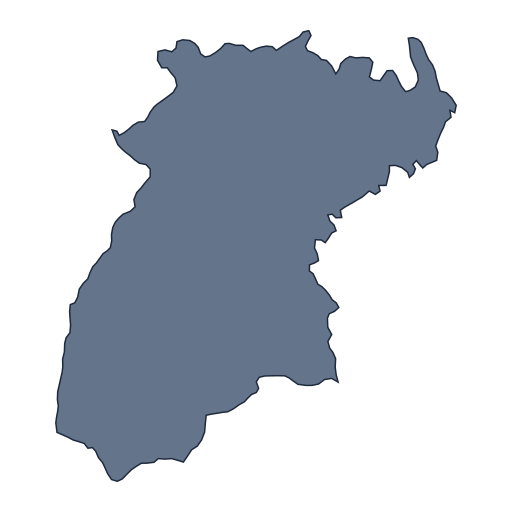 Francisco Badaró, Minas Gerais, Brazil
{"feature_id": "56859067B77036534058100", "entity_name": "Francisco Badaró", "entity_type": "district", "adm_level": 2, "iso_a3": "BRA", "parent_name": "Brazil", "parent_adm1": "Minas Gerais", "projection": "natural_earth1", "projection_center": [-42.293, -16.987], "detail": "fine", "context": "isolated", "style": "filled", "palette": "slate", "viewbox_px": 512, "rotation_deg": 0, "n_neighbors": 0, "source": "geoboundaries", "source_scale": "gbopen_adm2", "svg_char_len": 3507}
<svg xmlns="http://www.w3.org/2000/svg" viewBox="0 0 512 512"><path d="M409.4,45.3L410.1,52.1L410.6,57.1L413.5,64.4L417.4,72.9L418.3,80.1L415.3,86.9L409.9,90.5L405.5,91.6L401.3,86.2L398.5,80.6L396.3,75.6L392.6,70.5L387.1,70.7L384.0,75.1L380.1,80.7L373.6,80.1L369.4,76.9L371.5,68.8L372.8,62.2L369.3,57.9L362.6,57.4L355.8,57.9L350.1,56.5L345.6,58.9L340.8,63.5L339.1,69.2L335.8,73.9L331.6,65.9L326.5,60.4L321.3,59.5L317.7,55.5L312.7,52.6L307.5,50.7L305.4,46.4L307.9,41.1L311.0,35.5L308.8,30.7L303.1,32.0L299.3,36.6L294.5,39.3L288.6,42.4L281.8,46.7L276.3,50.4L272.3,46.7L266.3,46.1L260.4,47.3L256.1,48.8L250.9,51.5L246.9,48.5L243.0,45.3L235.7,45.3L229.3,43.4L225.0,43.7L220.9,48.3L215.7,52.4L209.8,56.0L205.0,56.9L200.7,53.9L198.2,47.3L194.7,43.4L189.8,40.5L182.7,39.8L177.0,41.6L176.0,48.0L171.8,51.8L165.0,49.9L158.0,51.5L157.5,60.3L161.8,67.8L167.3,67.8L170.6,72.4L175.1,77.7L177.0,85.9L173.2,92.4L168.0,96.4L162.5,100.4L157.3,104.1L153.9,107.1L150.2,112.2L147.8,117.1L144.6,121.5L138.4,122.1L133.2,125.1L128.7,129.2L124.5,132.5L119.1,135.4L116.9,131.2L112.1,129.9L114.8,137.4L117.8,144.6L121.9,149.0L126.0,152.6L129.9,155.5L134.4,159.6L139.3,163.2L146.0,164.5L150.2,169.1L150.2,176.8L144.6,183.3L141.2,187.8L136.7,192.6L133.9,199.6L135.1,206.8L130.3,211.3L123.0,214.2L118.9,218.0L115.3,222.2L112.8,227.4L111.5,234.5L111.7,241.0L110.3,247.7L107.1,250.9L103.1,253.6L99.7,258.4L96.2,263.2L92.8,266.7L89.9,272.9L87.8,278.9L83.3,283.3L79.3,289.1L77.7,297.1L74.8,302.8L70.3,304.6L69.6,311.6L70.1,319.0L70.6,325.3L69.9,332.7L66.1,337.8L64.7,343.4L64.4,351.9L62.6,359.2L62.8,366.6L62.2,372.0L61.0,377.1L59.5,384.0L57.7,391.7L57.4,399.5L58.3,406.0L57.6,411.6L56.5,417.6L55.8,422.8L57.0,432.4L62.5,434.8L68.3,437.4L73.4,440.1L78.3,441.5L84.2,443.4L87.9,448.2L92.4,447.6L95.7,451.2L98.5,457.7L102.6,462.6L104.9,467.6L107.6,473.6L111.5,479.5L117.3,481.3L122.2,479.0L127.2,473.9L131.5,469.6L136.6,466.1L141.4,463.2L146.3,463.2L154.0,462.3L158.3,458.6L165.0,459.1L171.7,458.6L177.1,460.1L183.4,462.1L186.9,457.0L191.6,449.8L197.3,446.1L201.6,439.9L204.6,432.1L205.4,422.8L206.2,415.3L210.9,414.2L217.5,413.2L222.7,412.3L227.7,411.8L233.6,408.7L239.3,404.6L244.3,401.9L247.7,398.2L251.5,394.5L256.3,392.5L258.6,388.3L256.3,381.8L259.2,377.3L264.6,376.0L270.9,375.8L277.2,375.7L284.7,375.8L289.1,377.9L292.7,380.6L297.9,384.3L305.9,385.4L312.0,385.4L318.6,384.0L324.6,379.5L331.7,378.4L338.1,382.1L336.2,374.9L335.2,367.4L335.6,358.6L332.9,352.4L329.7,348.2L327.9,341.5L331.7,334.5L327.8,327.3L327.4,318.3L329.2,313.7L334.6,311.3L338.8,307.5L336.2,302.8L332.2,299.8L329.4,295.1L325.6,290.3L321.7,286.5L317.9,284.3L315.6,279.0L313.1,273.7L309.4,271.0L309.5,264.8L314.7,262.9L318.5,260.6L317.2,253.8L314.5,248.0L315.4,239.7L321.3,240.0L325.2,242.7L328.3,238.4L331.7,233.0L336.1,230.8L334.0,225.0L329.9,221.0L327.8,214.9L332.2,214.2L335.9,217.8L341.7,217.5L340.3,210.3L344.3,207.4L348.5,205.0L352.9,202.5L356.9,200.1L362.4,196.9L369.2,191.0L375.4,194.4L380.1,191.1L378.7,185.5L386.1,185.4L387.7,178.7L389.4,171.7L389.4,165.7L395.4,165.4L401.9,167.6L407.7,172.3L409.4,177.4L413.5,173.7L415.4,168.8L412.9,164.3L416.4,160.6L419.6,164.5L422.8,168.0L426.7,164.5L431.0,162.7L436.7,160.3L437.8,152.3L435.7,146.1L437.8,140.3L440.6,133.3L443.5,127.5L445.5,121.8L451.0,117.3L449.9,110.3L454.7,112.7L456.2,105.3L451.7,98.0L446.4,92.7L440.1,91.0L437.8,83.0L436.4,78.2L435.1,71.3L432.5,64.9L428.6,59.6L426.0,53.9L423.8,48.0L421.2,42.4L417.9,39.3L412.8,37.6L408.3,38.2L409.4,45.3Z" fill="#64748b" stroke="#1e293b" stroke-width="1.5"/></svg>